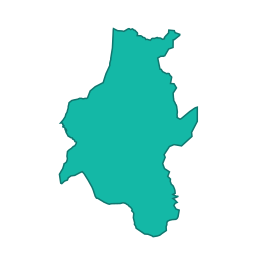 Lere, Kaduna, Nigeria, rotated 189°
{"feature_id": "59680162B33448314455063", "entity_name": "Lere", "entity_type": "district", "adm_level": 2, "iso_a3": "NGA", "parent_name": "Nigeria", "parent_adm1": "Kaduna", "projection": "albers", "projection_center": [8.605, 10.36], "detail": "fine", "context": "isolated", "style": "filled", "palette": "teal", "viewbox_px": 256, "rotation_deg": 189, "n_neighbors": 0, "source": "geoboundaries", "source_scale": "gbopen_adm2", "svg_char_len": 4343}
<svg xmlns="http://www.w3.org/2000/svg" viewBox="0 0 256 256"><g transform="rotate(189 128 128)"><path d="M195.4,122.4L195.0,122.5L194.6,122.5L194.3,122.5L193.9,122.6L193.6,122.5L193.3,122.4L193.2,122.2L193.1,121.8L193.0,121.6L192.8,121.4L192.9,121.1L192.8,120.9L192.6,120.7L192.3,120.5L192.0,120.5L191.8,120.4L191.9,120.2L192.0,120.0L192.3,119.9L192.3,119.7L192.5,119.3L192.3,119.2L192.2,118.9L192.1,119.0L191.9,119.0L191.6,119.0L191.4,119.0L191.3,118.9L191.2,118.7L190.9,118.5L190.7,118.3L190.5,118.2L190.4,118.1L190.2,118.0L190.2,117.8L189.9,117.6L189.8,117.4L189.7,117.4L189.4,117.4L189.2,117.2L189.3,117.1L189.5,117.0L189.6,116.8L189.9,116.7L189.8,116.4L189.6,116.2L189.4,116.4L189.2,116.5L188.9,116.5L188.7,116.4L188.8,116.1L188.7,116.0L188.5,115.9L188.7,115.7L188.8,115.5L188.6,115.4L188.5,115.2L188.4,115.0L188.6,114.9L188.8,114.8L188.5,114.1L185.6,110.4L184.5,110.4L184.1,110.0L183.7,109.8L183.5,109.7L183.3,109.6L182.3,109.4L181.6,109.5L180.9,108.7L180.9,108.4L180.3,108.3L180.0,108.2L178.9,107.5L178.8,107.3L178.3,106.3L177.9,106.2L177.3,106.1L177.0,106.0L176.7,105.9L176.7,104.7L177.7,102.1L179.1,101.2L180.1,99.9L180.6,99.1L181.5,98.3L182.7,97.2L183.0,96.8L184.1,95.3L183.9,90.6L183.4,89.3L183.1,88.4L183.1,86.8L183.3,85.8L183.5,84.9L183.7,84.4L185.6,82.5L185.5,82.3L185.7,80.5L186.1,77.7L187.2,75.0L187.9,73.1L188.5,71.6L185.8,63.0L184.7,62.7L182.4,65.6L181.0,66.4L179.7,67.1L179.2,69.5L176.8,71.8L173.1,72.9L171.0,74.5L168.6,76.3L166.4,77.7L164.3,76.1L159.0,70.0L154.3,64.0L152.8,61.6L151.6,59.2L149.7,55.5L148.2,53.8L146.8,53.8L143.9,52.6L140.8,51.4L140.6,51.2L136.6,50.1L134.6,49.8L133.0,50.5L131.7,50.8L123.9,52.2L121.2,53.4L118.7,53.2L118.3,53.0L117.6,52.6L115.5,51.8L114.5,50.7L113.2,50.3L111.9,49.0L111.1,48.3L111.2,47.5L111.4,46.8L109.6,45.5L108.9,44.4L108.7,40.2L106.6,35.4L106.6,33.9L105.0,32.1L104.3,30.3L95.0,25.9L91.5,26.2L91.2,26.1L87.6,25.3L86.2,24.6L82.2,25.9L79.9,27.1L78.8,28.2L77.9,29.2L76.9,30.1L74.1,32.8L74.8,35.9L74.9,36.7L74.5,38.5L74.8,40.2L74.5,41.9L73.1,43.0L72.3,43.5L70.1,44.4L66.4,45.3L65.3,46.4L64.8,47.9L64.7,48.1L64.6,54.9L67.8,55.4L70.6,58.6L69.7,61.0L67.8,62.2L70.8,64.5L72.6,65.4L69.6,67.0L67.9,68.2L67.5,68.4L68.4,68.3L70.0,68.2L73.3,69.4L72.8,69.8L71.2,70.9L71.9,73.6L72.6,75.1L73.9,77.2L74.3,77.8L75.1,78.4L76.5,79.3L77.9,81.9L78.1,84.2L81.2,86.4L80.2,91.2L84.7,93.2L85.6,93.6L88.2,98.3L86.7,104.9L88.2,107.3L84.2,116.2L80.0,118.8L76.6,118.8L72.6,118.7L72.3,118.7L63.5,129.7L64.2,132.5L64.4,133.1L64.5,133.7L60.6,145.4L62.8,159.4L64.3,158.7L65.3,158.0L69.6,153.9L75.8,146.8L76.8,145.7L78.0,144.8L81.2,146.1L81.2,147.1L81.7,149.1L81.7,150.5L81.7,151.0L81.8,151.8L83.4,157.1L84.2,158.5L84.8,159.0L85.6,160.4L87.4,162.7L87.3,163.5L87.8,164.8L88.9,169.5L86.4,175.2L89.5,178.9L93.0,178.6L92.8,185.1L94.9,186.8L95.8,188.1L97.0,188.2L98.5,187.7L102.7,189.1L104.4,191.1L105.0,191.1L105.6,191.1L106.2,192.7L109.6,201.7L109.2,202.1L108.2,202.9L106.9,204.0L105.9,204.1L104.8,204.4L104.5,204.3L103.0,205.1L100.2,212.4L96.1,214.6L97.2,222.1L96.9,222.3L96.2,222.4L92.1,226.9L91.5,227.5L91.5,228.6L95.7,229.4L96.5,229.6L96.9,230.4L97.2,230.8L97.5,231.4L103.0,231.1L102.9,229.1L102.8,228.1L103.5,227.3L104.3,225.9L104.6,225.7L106.2,223.1L106.0,221.9L107.7,221.0L109.6,221.8L110.2,221.9L111.2,221.8L112.0,221.7L112.5,221.5L112.8,221.8L113.3,222.0L115.5,220.8L115.8,220.7L116.0,220.5L116.6,220.5L117.0,220.5L117.8,220.4L118.0,220.2L118.5,220.0L119.1,218.9L119.7,218.1L120.6,218.3L123.1,218.6L124.3,218.2L125.1,219.4L126.4,219.9L127.6,219.8L128.0,220.4L129.7,221.1L133.4,220.7L133.4,220.8L133.3,222.2L133.3,222.4L133.5,223.2L133.7,223.5L136.5,225.6L137.4,225.6L137.7,225.9L138.7,226.4L139.3,226.6L139.8,226.2L140.8,225.6L142.4,226.3L142.9,226.2L143.4,225.9L143.8,225.6L147.2,222.8L149.1,222.9L153.5,222.5L157.9,223.9L157.9,222.9L156.3,208.4L155.9,204.5L155.9,201.4L155.9,197.3L155.9,194.2L155.7,192.7L155.9,191.6L156.1,189.2L155.8,186.8L157.5,180.7L158.2,178.3L158.9,174.0L159.6,168.9L160.5,168.3L163.2,166.3L163.6,166.0L166.8,163.7L170.0,160.0L171.1,158.8L171.5,157.1L172.2,153.7L172.7,151.4L173.8,150.6L174.9,150.6L176.8,149.8L178.9,150.0L180.5,149.7L182.1,148.6L185.9,147.2L187.9,146.3L188.9,145.2L189.2,144.9L189.3,144.8L190.2,143.7L190.2,142.2L190.4,140.1L190.2,138.3L190.5,136.3L190.7,134.0L191.5,132.1L191.8,129.3L193.3,125.9L195.4,122.4Z" fill="#14b8a6" stroke="#0f766e" stroke-width="1.5"/></g></svg>